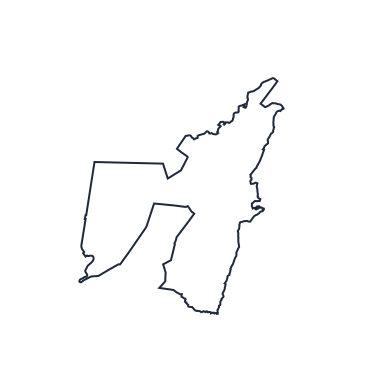 Machakos Town, Eastern, Kenya (Equal Earth projection), rotated 38°
{"feature_id": "3690345B82288903067354", "entity_name": "Machakos Town", "entity_type": "district", "adm_level": 2, "iso_a3": "KEN", "parent_name": "Kenya", "parent_adm1": "Eastern", "projection": "equal_earth", "projection_center": [37.261, -1.568], "detail": "fine", "context": "isolated", "style": "outline", "palette": "slate", "viewbox_px": 384, "rotation_deg": 38, "n_neighbors": 0, "source": "geoboundaries", "source_scale": "gbopen_adm2", "svg_char_len": 6070}
<svg xmlns="http://www.w3.org/2000/svg" viewBox="0 0 384 384"><g transform="rotate(38 192 192)"><path d="M287.3,272.1L286.8,271.4L285.9,270.7L285.5,270.0L284.8,269.5L284.7,268.8L284.7,268.1L284.4,267.5L284.2,266.2L283.3,265.1L283.4,264.5L283.8,263.8L283.5,263.0L282.4,261.8L282.1,261.1L281.8,260.7L281.5,258.4L281.1,258.1L281.3,255.4L281.1,254.8L280.3,254.2L279.0,253.6L278.5,252.8L278.4,251.8L278.1,251.1L278.1,250.6L277.7,248.9L277.5,248.3L276.6,247.0L276.4,246.2L275.7,244.9L275.3,243.9L274.8,243.7L274.0,243.9L273.9,241.0L273.5,239.7L272.6,237.6L271.9,236.6L271.9,235.8L272.4,234.8L272.5,234.1L272.0,233.6L271.7,232.9L271.3,231.5L270.5,230.2L270.3,229.4L269.9,228.9L269.5,228.8L269.1,226.9L268.9,226.3L268.6,223.4L266.7,218.1L266.5,217.2L266.3,215.1L265.9,214.4L264.6,212.9L264.2,212.1L263.4,208.9L263.2,208.3L263.0,206.3L262.5,206.0L261.6,204.9L258.9,202.4L257.1,200.1L256.9,199.5L255.8,198.7L254.2,196.3L252.2,194.6L252.0,193.9L251.9,192.5L251.6,191.8L250.5,189.8L249.6,188.9L248.6,186.3L251.2,182.7L253.2,180.9L254.9,180.4L256.1,179.5L255.8,172.9L256.4,171.2L257.4,169.4L257.9,167.2L257.9,166.3L258.0,165.6L258.5,164.6L259.2,164.0L259.5,163.2L259.5,162.6L259.4,161.8L259.2,161.1L258.8,160.8L258.3,161.0L257.9,161.3L257.8,161.8L257.4,161.5L256.9,161.3L256.3,161.4L255.1,162.7L254.7,162.2L254.2,161.9L253.6,161.9L253.4,162.3L254.1,163.6L254.3,164.3L254.0,164.9L252.9,163.5L252.2,163.4L252.1,164.2L252.9,165.6L253.0,166.4L252.6,166.5L252.2,166.3L251.8,165.8L251.4,165.6L250.6,166.5L250.0,167.6L249.1,167.0L247.8,166.1L246.8,165.0L246.3,164.2L246.8,162.3L247.0,161.0L247.3,160.1L248.7,159.4L249.3,158.7L250.9,157.4L250.2,155.5L248.9,155.8L247.3,155.8L247.1,155.2L246.5,155.1L246.0,154.6L245.5,153.4L244.0,152.0L242.7,150.7L242.4,150.2L241.5,149.4L241.1,148.9L240.4,148.6L239.6,147.7L238.9,146.7L238.5,145.5L238.2,144.9L236.6,145.3L236.1,145.9L235.8,146.8L235.4,147.4L234.6,148.3L233.5,149.3L232.9,149.0L232.5,148.5L231.7,148.0L231.3,147.5L231.1,147.0L231.1,146.4L231.3,145.8L230.2,144.2L228.9,144.2L228.2,143.0L227.8,142.6L227.4,142.5L227.4,141.8L227.5,141.0L227.5,136.2L227.6,134.3L227.9,133.3L227.5,132.6L227.5,132.0L227.2,131.2L227.1,130.0L226.4,125.9L224.5,119.3L223.8,117.8L223.3,115.8L222.7,114.3L221.6,114.7L221.6,113.2L221.5,112.6L221.1,111.9L221.1,110.5L221.3,110.0L221.5,108.6L221.8,108.0L221.8,107.4L221.9,106.7L221.2,105.8L219.7,104.6L219.3,103.7L219.0,100.4L218.4,97.8L218.5,97.1L219.0,95.3L218.9,94.6L218.6,94.1L218.1,93.6L217.5,91.9L217.0,91.2L216.8,90.3L216.2,90.2L215.7,89.7L215.0,89.3L214.3,88.1L213.9,87.8L213.2,87.0L212.1,85.2L211.6,84.6L211.0,83.6L210.6,83.1L210.1,81.9L209.9,79.0L209.8,78.4L209.4,77.3L209.6,76.2L209.8,75.6L210.4,74.6L210.8,74.1L211.8,73.8L211.8,72.0L212.1,71.4L212.7,70.6L212.9,70.0L212.1,69.5L211.4,69.6L210.3,68.8L207.9,68.6L205.5,69.9L202.9,70.9L201.4,72.1L200.7,72.3L199.7,74.6L199.6,75.3L199.1,76.9L197.7,79.7L197.3,80.1L191.7,80.2L191.3,56.1L191.1,52.1L186.6,52.0L186.1,52.2L185.5,52.6L182.5,58.4L182.1,58.8L181.3,60.5L180.8,61.0L180.5,61.8L180.3,62.5L180.2,63.6L180.2,64.8L180.7,65.6L180.6,68.7L179.4,72.0L178.9,73.4L178.7,74.1L177.9,75.3L176.8,76.4L176.2,77.6L175.3,78.7L175.1,79.2L175.7,80.0L176.1,81.2L177.0,82.8L177.8,83.5L178.0,83.9L179.0,84.3L179.4,85.2L180.2,87.7L180.5,88.3L181.1,89.0L181.3,89.6L181.6,90.0L181.9,90.6L182.0,91.6L182.4,92.4L182.1,92.8L180.4,93.4L179.4,90.6L178.0,93.1L176.4,95.2L176.3,95.9L176.6,96.6L177.2,97.1L177.8,98.2L178.5,98.9L179.3,100.0L179.4,100.7L177.3,102.8L176.9,103.4L176.8,104.1L176.9,104.9L177.2,105.6L178.2,106.7L178.6,107.3L179.0,108.8L179.4,109.3L179.7,110.0L179.9,111.2L179.4,112.2L179.1,114.0L178.6,114.8L177.4,115.0L176.3,116.0L175.8,116.2L176.1,118.2L175.9,119.1L175.3,119.1L175.1,117.8L174.7,117.3L174.4,117.3L173.7,117.4L173.0,117.7L172.1,118.7L171.4,119.2L171.5,120.3L171.4,123.0L172.8,122.7L173.4,122.4L174.1,122.5L173.8,125.7L174.2,127.0L174.9,128.0L174.8,129.0L175.3,129.5L176.3,129.5L175.8,131.2L175.5,131.7L175.1,132.1L173.0,133.3L171.6,133.4L171.0,133.6L170.7,134.3L170.2,134.8L169.6,135.2L168.7,134.6L167.5,134.5L166.6,134.8L166.2,135.3L166.0,137.3L165.7,138.7L162.7,142.6L161.9,144.3L163.1,146.0L161.8,147.6L161.5,148.9L161.0,149.3L160.1,149.0L159.5,149.0L158.4,149.2L156.3,148.4L155.6,148.6L154.7,149.3L152.5,151.7L153.5,167.2L158.7,167.3L165.2,166.9L166.6,167.0L167.2,167.2L170.0,181.7L164.6,196.3L151.7,187.5L96.7,228.4L122.8,275.2L122.3,275.6L124.2,279.3L124.8,278.8L137.7,302.2L138.8,303.5L139.9,304.2L140.9,304.8L143.9,305.6L143.9,307.3L148.0,308.4L148.4,306.7L149.5,306.5L150.3,305.7L151.1,304.8L152.4,303.8L153.0,303.7L153.9,303.8L155.0,304.5L155.5,305.1L156.1,306.3L156.3,308.0L156.0,310.6L155.3,313.9L155.3,314.8L156.1,318.9L156.3,319.7L156.9,320.4L160.2,321.6L160.6,322.0L161.0,322.6L160.9,323.3L160.7,324.0L159.7,325.1L158.9,327.5L157.9,329.3L157.7,330.1L157.8,330.8L158.0,331.3L158.4,331.9L159.1,332.0L159.5,331.9L160.0,331.6L160.3,331.1L161.1,328.1L164.5,320.7L169.9,315.8L174.8,303.3L178.6,294.2L179.9,293.3L179.4,278.7L177.6,248.4L177.2,246.7L169.2,224.4L186.7,213.3L196.0,207.8L196.8,206.8L197.4,205.7L199.7,206.4L203.9,207.8L204.4,207.8L205.0,207.6L207.1,207.7L207.4,216.6L207.5,224.4L207.6,230.5L207.7,236.1L207.6,236.9L208.9,239.7L209.5,241.7L209.5,242.6L209.7,243.2L210.2,243.6L210.6,243.6L217.4,258.7L213.8,266.8L220.7,271.6L225.9,278.9L225.3,287.7L237.7,280.6L241.4,280.6L245.9,279.8L246.8,278.8L248.0,280.8L248.4,281.0L249.0,280.8L251.7,280.6L252.2,280.3L253.1,280.5L253.4,281.8L254.0,282.7L254.6,282.9L255.1,282.8L255.6,282.5L256.1,283.2L258.3,283.2L258.9,284.0L259.6,284.5L260.6,284.1L263.1,282.5L264.1,282.8L264.7,282.8L265.7,283.2L266.3,283.3L267.7,283.3L268.7,282.8L269.1,282.8L269.7,282.1L271.1,281.3L271.7,281.1L272.2,281.1L272.7,280.9L273.3,281.0L273.8,280.4L274.3,279.2L274.7,278.7L275.1,278.6L276.3,278.5L276.5,277.8L277.1,276.9L277.6,276.8L278.0,277.2L278.6,277.0L279.3,276.0L280.3,275.4L280.8,275.4L281.2,275.2L281.6,275.3L281.8,275.8L282.1,275.4L282.6,274.4L283.0,274.2L283.4,273.6L283.8,273.6L284.2,273.9L284.7,273.8L285.0,273.0L285.6,272.5L286.8,272.7L287.3,272.1Z" fill="none" stroke="#1e293b" stroke-width="2"/></g></svg>